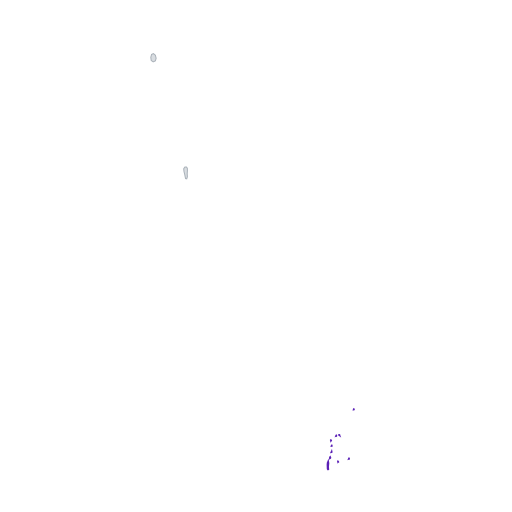 where Haa Dhaalu sits in Maldives, rotated 160°
{"feature_id": "MDV-5224", "entity_name": "Haa Dhaalu", "entity_type": "Atoll", "adm_level": 1, "iso_a3": "MDV", "parent_name": "Maldives", "parent_adm1": "", "projection": "equal_earth", "projection_center": [72.994, 6.597], "detail": "fine", "context": "in_parent", "style": "filled", "palette": "violet", "viewbox_px": 512, "rotation_deg": 160, "n_neighbors": 0, "source": "natural_earth", "source_scale": "10m", "svg_char_len": 1420}
<svg xmlns="http://www.w3.org/2000/svg" viewBox="0 0 512 512"><g transform="rotate(160 256 256)"><path d="M294.1,362.7L292.5,363.9L291.0,363.5L290.5,362.0L291.2,359.8L292.5,356.9L293.4,353.9L294.7,352.2L295.7,352.8L295.5,354.5L295.1,356.8L294.8,359.9L294.1,362.7ZM285.2,481.1L283.2,481.3L281.9,479.1L282.2,476.0L283.8,473.8L286.2,473.6L287.6,475.6L286.9,478.7L285.2,481.1Z" fill="#d9dde1" stroke="#a8b0b8" stroke-width="1"/><path d="M260.9,30.8L261.4,30.7L261.5,30.9L261.5,31.2L261.6,31.5L260.3,35.5L259.5,37.2L258.3,38.5L258.7,36.5L260.3,33.1L260.9,30.8ZM255.9,40.5L255.7,41.0L255.6,41.4L255.4,41.7L255.0,41.9L255.0,40.9L255.3,40.6L255.9,40.5ZM252.5,45.8L251.7,46.6L251.8,45.9L252.0,45.7L252.5,45.8ZM250.2,51.6L250.0,51.8L249.8,52.0L249.6,52.1L249.6,51.5L249.8,51.4L250.0,51.5L250.2,51.6ZM249.4,34.2L249.3,34.5L249.4,34.9L249.2,35.1L249.1,34.9L249.0,34.5L249.0,34.3L249.4,34.2ZM238.3,33.6L238.1,33.8L238.0,34.1L237.9,34.2L237.7,34.1L237.8,33.5L238.0,33.4L238.1,33.6L238.3,33.6ZM242.4,59.5L242.2,59.7L242.1,60.0L241.8,60.0L241.9,59.4L242.0,59.3L242.2,59.5L242.4,59.5ZM238.8,58.7L239.0,59.0L239.3,59.3L239.2,59.6L238.7,59.4L238.7,59.2L238.8,59.0L238.8,58.7ZM248.8,56.6L248.7,56.9L248.8,57.2L248.8,57.4L248.6,57.5L248.5,57.3L248.3,57.0L248.4,56.8L248.6,56.7L248.8,56.6ZM216.9,78.2L216.7,78.4L216.6,78.7L216.4,78.8L216.3,78.6L216.4,78.2L216.6,78.1L216.9,78.2Z" fill="#8b5cf6" stroke="#5b21b6" stroke-width="1.5"/></g></svg>